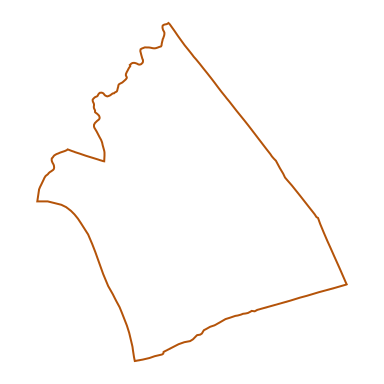 Thi xa Hong Ngu, Ðong Tháp, Vietnam (Mercator projection)
{"feature_id": "81297802B45020933584847", "entity_name": "Thi xa Hong Ngu", "entity_type": "district", "adm_level": 2, "iso_a3": "VNM", "parent_name": "Vietnam", "parent_adm1": "Ðong Tháp", "projection": "mercator", "projection_center": [105.358, 10.825], "detail": "fine", "context": "isolated", "style": "outline", "palette": "amber", "viewbox_px": 384, "rotation_deg": 0, "n_neighbors": 0, "source": "geoboundaries", "source_scale": "gbopen_adm2", "svg_char_len": 4144}
<svg xmlns="http://www.w3.org/2000/svg" viewBox="0 0 384 384"><path d="M134.8,361.0L142.7,359.6L149.5,358.0L154.7,356.2L162.0,354.5L163.2,353.7L163.5,352.6L163.6,351.9L178.6,344.2L184.3,342.2L190.1,341.1L193.0,339.3L196.3,335.9L197.2,335.1L198.7,334.9L200.3,334.6L201.9,333.5L203.3,331.1L203.9,330.2L206.4,328.9L210.1,326.8L214.6,325.3L220.5,322.0L225.5,319.1L230.0,317.7L235.3,315.9L237.8,315.5L241.0,314.6L243.0,313.8L245.5,313.5L247.9,313.0L250.8,311.5L251.6,310.9L254.7,311.3L257.1,310.0L257.2,309.9L272.3,305.7L290.1,300.7L300.1,297.6L306.9,295.8L318.9,292.2L335.1,287.8L346.5,284.5L346.7,284.4L345.5,281.8L339.9,268.9L334.1,256.0L330.6,248.1L327.2,240.6L323.9,232.9L320.2,224.0L318.0,217.9L316.5,217.1L314.6,214.2L309.4,207.6L300.3,196.0L293.9,188.0L291.9,185.5L287.1,180.0L285.0,177.5L283.2,173.7L279.8,168.0L277.4,163.5L275.9,160.7L273.9,158.7L271.9,156.4L270.3,154.0L266.6,149.3L263.0,144.6L248.3,125.4L244.5,120.6L236.8,111.1L236.4,110.6L229.4,101.6L226.4,98.0L225.5,96.8L221.7,92.1L218.1,87.4L214.6,82.7L211.0,78.0L209.8,76.5L207.3,73.3L203.5,68.6L199.9,64.0L196.1,59.4L193.7,56.7L192.3,54.8L188.5,50.0L184.6,45.2L181.2,40.5L177.9,35.9L174.7,31.2L170.0,24.6L169.4,23.9L168.9,23.4L168.4,23.0L168.0,23.4L167.4,23.8L166.4,24.2L164.7,24.5L163.6,24.9L162.7,25.6L162.5,26.8L162.5,27.8L163.0,29.8L163.5,30.7L164.0,31.7L164.3,32.3L164.4,32.7L164.4,33.9L164.3,34.7L164.1,35.7L163.6,37.1L163.1,38.6L162.7,39.2L162.5,40.5L162.2,41.6L161.7,43.8L161.6,45.1L161.4,45.7L161.2,46.1L161.0,46.4L160.4,46.6L159.1,47.0L157.6,47.6L155.7,48.2L154.7,48.3L153.8,48.3L152.8,48.2L152.3,48.1L150.5,47.7L149.1,47.5L144.8,47.4L141.7,48.6L140.6,49.3L140.3,51.0L140.8,53.0L141.3,55.0L142.4,58.9L142.8,59.5L142.9,60.1L143.0,60.8L142.9,62.0L142.6,62.7L141.8,63.5L141.2,64.1L140.5,64.4L139.5,64.6L139.0,64.6L138.5,64.4L137.9,64.2L137.3,63.8L136.3,63.4L135.4,63.1L134.4,62.9L133.4,62.9L132.5,63.0L131.5,63.5L130.8,64.1L130.3,64.6L129.8,65.0L130.3,65.9L130.3,66.1L128.8,68.2L127.8,70.2L127.3,71.1L126.7,72.2L125.9,74.1L125.9,75.6L126.5,76.6L126.8,77.4L126.7,78.1L125.8,79.4L123.9,81.1L122.3,82.5L121.1,83.1L119.2,84.1L118.4,85.2L118.3,86.0L118.2,86.8L117.9,87.6L117.8,88.2L117.5,89.2L117.4,89.8L117.3,90.3L117.0,91.0L116.8,91.4L116.5,91.6L116.2,91.8L115.4,92.2L114.5,92.7L114.2,93.2L113.6,93.3L112.6,93.5L111.5,94.3L111.0,94.7L110.2,95.3L109.1,95.8L108.3,96.1L107.7,96.3L107.2,96.4L105.8,95.8L105.2,95.5L104.8,95.1L104.3,94.6L103.6,93.6L102.7,93.0L101.8,92.7L100.9,92.7L99.9,92.8L99.0,93.5L98.3,94.4L97.7,95.7L97.5,95.9L97.1,96.3L96.4,96.6L95.4,97.0L94.6,97.5L93.4,98.7L92.7,99.6L92.7,100.9L93.0,101.9L93.5,102.8L93.6,103.2L93.9,103.9L94.0,104.5L94.0,105.3L93.8,106.8L93.9,107.9L94.3,108.9L94.9,110.1L95.1,110.7L95.0,112.0L95.4,112.5L97.3,113.9L99.0,115.6L99.3,116.4L99.6,117.3L99.6,117.9L99.5,118.6L98.9,119.5L96.9,121.1L94.9,123.1L94.0,124.8L94.0,126.5L94.3,127.6L96.7,131.6L99.7,137.4L101.1,139.9L102.1,142.5L102.7,145.3L103.1,146.7L103.9,149.6L104.3,151.1L104.5,152.7L104.5,153.4L104.5,155.6L104.2,161.3L103.0,161.1L102.5,160.9L101.5,160.6L99.8,160.1L98.4,159.6L92.2,157.7L86.3,155.9L85.1,155.5L79.9,153.7L75.2,152.2L74.0,151.7L71.9,151.0L68.5,149.7L67.6,149.4L67.1,149.9L66.5,150.3L65.7,150.6L64.9,151.0L64.0,151.3L62.2,151.9L61.0,152.3L59.9,152.7L58.6,153.3L57.6,153.7L56.7,154.0L55.6,154.6L55.0,155.0L54.3,155.4L53.7,156.1L53.3,156.6L52.8,157.4L52.1,158.1L51.8,158.4L51.7,159.0L51.7,159.5L51.7,160.3L51.8,160.9L52.2,162.0L52.5,162.7L53.2,163.9L53.5,164.4L53.8,165.3L54.0,166.0L54.0,166.5L54.1,167.1L54.1,167.8L54.0,168.3L53.8,169.0L53.5,169.5L53.0,170.0L52.0,170.7L51.5,171.1L50.2,171.9L49.6,172.3L49.2,172.7L48.7,173.1L48.5,173.4L47.8,174.3L46.6,175.2L45.6,176.0L44.4,177.9L43.6,179.7L42.3,182.4L41.3,184.5L40.0,187.1L39.0,189.6L39.0,190.0L37.3,201.4L38.0,201.4L40.7,201.4L43.6,201.4L47.7,201.4L55.0,203.2L61.4,204.8L63.0,205.6L66.1,207.1L70.9,210.8L74.4,214.3L77.9,218.6L81.2,223.6L86.8,232.4L88.1,234.4L91.5,242.4L92.0,243.5L95.3,252.0L103.2,274.1L108.2,286.1L112.8,294.2L114.7,298.0L116.4,301.3L119.6,307.2L121.9,312.8L126.9,325.6L129.2,332.9L132.1,345.1L132.5,346.9L133.0,350.6L134.0,357.1L134.8,361.0Z" fill="none" stroke="#b45309" stroke-width="2"/></svg>